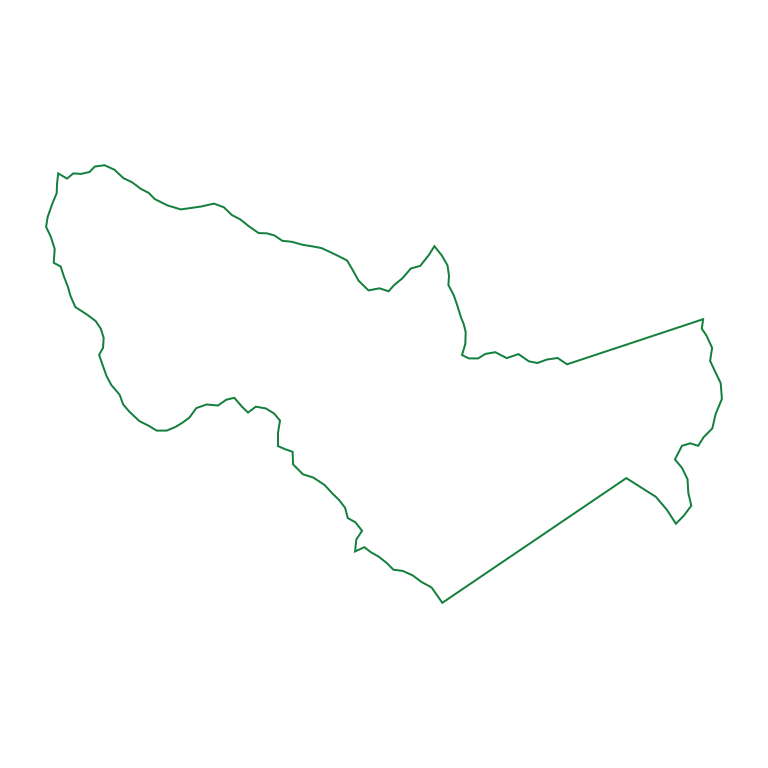 Santa Rosa de Lima, Santa Catarina, Brazil (Albers equal-area conic projection)
{"feature_id": "56859067B20346666539380", "entity_name": "Santa Rosa de Lima", "entity_type": "district", "adm_level": 2, "iso_a3": "BRA", "parent_name": "Brazil", "parent_adm1": "Santa Catarina", "projection": "albers", "projection_center": [-49.198, -28.013], "detail": "fine", "context": "isolated", "style": "outline", "palette": "green", "viewbox_px": 768, "rotation_deg": 0, "n_neighbors": 0, "source": "geoboundaries", "source_scale": "gbopen_adm2", "svg_char_len": 2024}
<svg xmlns="http://www.w3.org/2000/svg" viewBox="0 0 768 768"><path d="M58.2,173.4L57.1,183.2L56.7,193.1L51.9,204.8L47.6,217.2L46.1,226.9L50.7,236.5L54.7,248.9L53.7,262.8L60.7,266.5L63.8,276.3L67.8,286.5L70.6,296.3L75.4,307.1L87.3,314.8L95.6,321.0L100.7,328.5L103.7,337.9L103.0,347.9L99.1,354.8L102.7,365.3L106.7,376.4L111.3,385.0L119.6,394.7L123.2,404.5L129.5,411.8L139.5,421.2L148.4,425.6L156.7,430.6L166.6,430.6L175.4,427.0L182.9,422.4L189.5,417.5L196.3,408.1L206.6,404.5L218.0,405.5L226.3,399.7L234.3,397.8L242.0,406.7L248.0,412.6L255.8,406.7L265.8,408.4L274.1,413.5L280.0,420.6L278.0,432.7L278.0,446.1L285.1,449.2L292.6,451.8L293.1,464.4L302.9,474.3L313.2,477.5L324.6,485.0L332.1,493.2L338.9,499.8L345.1,507.8L347.8,518.1L355.4,522.3L362.1,530.8L356.3,539.5L355.1,551.4L364.4,547.2L370.8,552.2L378.6,556.6L386.6,562.9L393.4,569.7L402.7,570.9L412.7,575.4L421.7,582.1L431.6,587.5L442.3,602.8L626.3,478.1L655.8,496.8L666.6,509.4L675.9,523.7L683.8,515.7L691.3,505.7L688.3,492.8L687.5,479.1L682.0,467.9L674.9,459.4L682.0,445.8L690.3,443.3L698.2,445.8L703.7,437.1L712.3,428.4L715.6,414.1L721.9,398.9L720.7,383.2L715.2,371.7L710.1,360.9L712.1,347.8L706.6,335.8L701.8,328.7L703.1,319.2L567.1,364.3L557.6,358.0L547.0,359.5L537.4,363.0L528.8,361.3L518.5,354.1L506.7,358.1L495.3,352.2L485.4,353.9L478.2,358.4L468.8,358.4L462.0,355.0L465.3,344.1L465.7,332.1L463.7,324.1L460.8,316.8L457.4,305.8L453.8,295.3L448.4,285.0L449.0,275.8L447.5,265.4L441.9,255.6L434.4,246.2L428.8,255.1L420.2,265.9L410.8,268.5L402.3,278.4L394.2,285.0L388.6,291.3L379.6,288.3L368.5,290.4L358.6,280.7L352.8,270.2L347.1,260.5L338.1,255.9L329.8,251.9L321.5,248.1L313.2,246.5L302.6,244.8L291.8,241.8L282.3,240.8L274.4,235.4L266.6,233.3L258.6,233.1L248.4,225.9L240.1,219.3L231.8,215.0L223.9,207.3L214.0,203.6L201.7,206.4L192.3,207.8L180.8,209.4L167.4,205.4L154.8,199.1L148.8,193.0L140.9,188.9L132.1,182.3L123.5,178.2L114.4,169.7L104.5,165.2L94.7,166.6L89.5,172.0L81.1,173.9L73.3,173.4L67.0,178.6L58.2,173.4Z" fill="none" stroke="#15803d" stroke-width="2"/></svg>